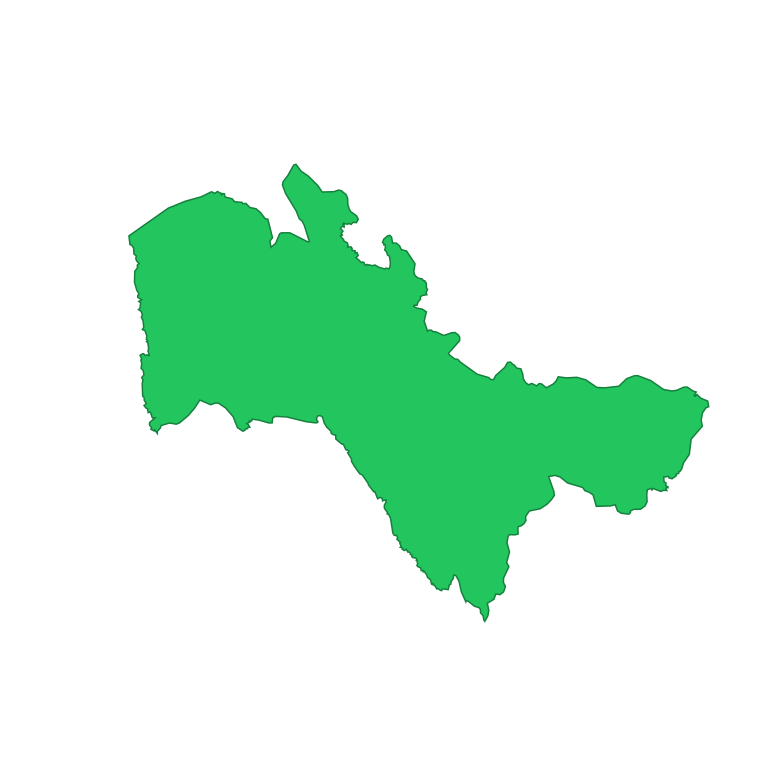 Kenema, Eastern, Sierra Leone (Natural Earth projection), rotated 124°
{"feature_id": "65957751B6503620183485", "entity_name": "Kenema", "entity_type": "district", "adm_level": 2, "iso_a3": "SLE", "parent_name": "Sierra Leone", "parent_adm1": "Eastern", "projection": "natural_earth1", "projection_center": [-11.159, 7.947], "detail": "fine", "context": "isolated", "style": "filled", "palette": "green", "viewbox_px": 768, "rotation_deg": 124, "n_neighbors": 0, "source": "geoboundaries", "source_scale": "gbopen_adm2", "svg_char_len": 6147}
<svg xmlns="http://www.w3.org/2000/svg" viewBox="0 0 768 768"><g transform="rotate(124 384 384)"><path d="M403.8,678.3L410.5,672.6L410.1,670.5L411.4,667.5L416.1,664.0L416.3,660.9L418.6,660.1L420.3,658.0L421.1,654.3L423.4,655.0L425.7,653.3L429.8,653.7L439.0,647.9L444.5,641.4L446.4,637.4L448.4,637.6L449.9,636.6L449.6,632.0L452.6,633.5L452.8,631.2L457.9,628.6L459.6,629.2L459.6,626.0L461.8,622.9L464.2,622.6L466.4,619.0L471.4,614.8L474.0,614.8L473.4,612.1L476.9,607.3L479.8,606.1L480.2,604.2L481.7,604.6L481.7,603.1L486.3,598.9L488.8,598.0L491.0,594.9L492.0,594.8L492.0,596.4L493.9,597.9L493.3,600.2L494.0,601.1L496.6,602.3L498.8,598.8L500.1,599.0L502.5,596.3L506.9,594.1L507.4,591.4L509.8,588.9L511.1,588.1L514.1,588.5L515.5,586.1L519.0,584.6L529.0,577.3L529.3,575.4L531.7,573.5L533.1,570.1L536.1,570.9L537.1,567.4L536.7,566.3L539.6,563.5L538.1,562.5L538.3,561.6L541.6,557.1L540.1,554.9L547.0,556.8L549.0,555.6L550.4,551.9L551.9,552.0L551.5,548.4L550.3,548.5L551.7,544.3L550.2,545.4L545.4,544.8L543.1,545.6L536.3,540.0L533.5,533.8L530.7,531.8L519.5,528.6L509.9,527.5L500.3,527.7L498.1,516.1L494.4,513.4L492.5,510.7L492.4,502.1L495.5,490.7L502.1,481.1L502.0,474.5L500.1,473.4L499.1,473.8L497.3,472.2L496.0,472.4L494.8,471.1L493.6,473.5L493.6,475.6L490.7,473.9L490.2,475.0L488.6,473.0L486.9,473.7L483.9,467.5L480.6,457.5L478.8,455.0L474.4,457.3L471.5,455.8L465.8,446.4L458.9,427.7L454.5,419.0L453.2,417.6L452.2,417.7L451.3,420.2L448.4,421.1L446.9,420.7L445.8,418.6L445.8,416.4L449.7,411.9L451.8,407.3L452.7,401.9L454.3,400.3L454.5,398.5L453.5,395.4L456.6,393.1L457.4,385.7L456.7,384.0L459.8,378.9L459.0,376.3L459.8,375.3L461.3,375.8L464.5,368.8L466.2,367.9L468.9,362.3L472.0,353.9L471.5,351.3L475.1,341.9L476.4,340.4L479.1,332.2L478.3,331.4L482.7,325.1L480.1,323.7L479.7,321.6L481.7,319.9L479.0,317.5L480.4,316.4L484.4,315.9L486.8,314.2L488.7,309.2L490.0,308.7L489.4,307.4L491.7,303.5L502.8,293.1L503.7,290.8L502.5,288.7L503.9,286.7L505.5,286.5L506.2,281.9L507.1,281.9L509.2,278.8L510.2,279.2L509.7,277.5L510.8,276.5L510.2,275.5L510.9,274.9L510.5,273.8L508.6,273.1L510.0,270.2L509.4,269.7L509.4,267.8L510.6,266.8L510.2,265.3L511.6,264.4L511.8,262.7L510.4,260.4L511.3,258.4L512.3,258.5L512.3,257.4L515.0,255.1L515.9,255.4L516.5,254.1L516.0,250.6L517.9,248.9L516.5,246.9L517.8,246.6L517.1,245.5L518.3,242.0L519.9,239.9L520.4,235.8L523.3,232.7L522.1,231.9L523.1,231.2L522.7,229.4L524.4,225.5L523.4,225.1L523.5,221.5L522.9,220.6L521.3,220.9L520.7,220.2L518.6,215.8L514.0,217.4L512.6,216.7L510.5,217.8L506.0,217.9L504.2,219.1L503.0,219.0L502.8,216.9L505.5,211.6L513.1,203.6L518.8,194.4L517.6,194.8L517.0,191.7L517.7,185.1L516.3,180.0L516.7,178.4L519.8,175.9L520.6,172.4L523.8,169.3L524.4,167.7L518.0,168.3L513.0,170.6L508.0,175.7L501.1,172.5L495.5,173.8L493.9,170.2L489.7,168.6L485.6,169.6L483.9,170.2L481.7,174.1L477.8,176.4L465.6,178.3L463.4,182.5L453.1,186.0L446.7,193.4L440.6,196.0L438.7,195.7L435.9,191.2L433.4,188.9L427.6,193.1L424.7,190.9L421.6,189.9L418.0,189.9L414.7,192.5L408.0,192.5L400.0,184.7L392.2,181.5L386.1,180.5L381.1,180.5L378.1,183.1L368.7,195.7L364.2,191.2L362.6,186.0L363.4,176.4L358.7,161.5L360.1,157.7L359.0,153.2L359.0,148.7L366.7,139.6L358.4,128.0L354.8,124.8L358.7,119.3L358.4,114.8L355.6,109.4L354.8,108.1L352.9,107.7L351.5,108.7L348.2,106.8L344.4,101.3L339.2,99.4L334.6,100.0L328.5,104.5L324.3,106.5L321.5,104.5L322.1,102.6L320.2,102.6L318.3,94.5L315.6,92.6L314.2,90.0L313.2,91.9L312.2,92.0L311.2,90.5L310.5,90.9L310.6,93.8L308.4,94.7L308.4,97.2L304.8,100.0L301.6,96.7L302.5,95.1L301.5,92.2L296.7,90.4L295.5,91.3L293.2,89.7L291.9,90.5L290.6,89.7L288.0,89.7L281.8,91.6L271.7,91.5L257.9,98.5L241.0,96.5L236.7,100.8L229.8,103.8L223.7,103.8L221.2,102.1L217.1,106.1L218.6,113.2L217.7,118.7L220.1,119.2L220.0,120.4L216.1,120.7L217.0,123.9L217.0,131.0L219.1,133.8L225.4,137.7L228.8,141.4L232.2,149.0L232.0,165.0L235.2,178.3L237.1,181.0L243.9,185.8L254.5,188.1L263.8,198.9L267.8,205.6L267.7,219.1L270.7,228.0L277.0,236.3L280.6,243.6L285.1,243.0L289.3,243.7L296.4,247.3L295.8,253.3L296.9,255.6L300.1,256.3L300.9,261.8L303.9,263.8L303.6,267.5L301.8,271.4L298.1,274.6L294.9,279.0L296.7,283.1L295.4,286.3L295.8,287.5L295.1,291.4L296.9,293.6L302.8,293.2L314.3,296.1L319.2,295.7L320.6,298.2L320.1,300.7L323.8,312.4L323.1,333.1L322.3,336.7L323.7,339.3L323.2,346.4L322.5,347.7L305.8,345.5L302.8,347.5L301.7,350.1L301.6,353.9L303.6,356.5L310.3,361.5L311.8,370.4L313.1,372.3L312.9,375.0L314.3,376.9L315.8,377.5L309.5,385.8L300.5,389.2L300.5,394.1L302.8,399.4L303.1,402.8L301.8,403.0L300.4,400.7L296.9,401.6L293.2,401.2L291.4,402.6L289.2,401.7L286.0,398.4L284.7,400.3L281.4,400.7L280.5,402.6L276.8,405.3L275.7,408.0L276.2,409.0L275.6,411.3L277.2,415.2L276.6,419.3L274.2,422.1L267.0,425.5L261.1,439.7L262.9,444.8L260.7,448.4L260.3,452.6L262.3,455.7L258.0,459.9L257.5,462.4L259.5,464.0L264.1,465.2L267.6,464.3L267.6,462.6L268.8,462.0L268.2,461.1L269.3,459.6L272.5,458.3L273.0,455.8L275.1,453.2L275.1,450.9L280.1,446.4L283.7,444.5L285.8,444.3L286.7,447.1L288.1,447.5L290.1,453.5L290.4,458.1L292.3,459.6L294.4,464.9L295.8,465.2L295.6,467.0L294.6,468.2L294.7,469.8L295.9,470.5L294.9,477.8L291.8,477.3L290.1,479.9L291.5,481.4L289.7,482.4L291.1,485.3L289.4,486.3L288.8,487.9L290.7,490.9L289.4,491.1L287.5,493.2L287.8,497.7L286.9,498.2L285.7,503.0L283.7,501.8L283.0,503.7L280.2,503.5L279.4,507.2L276.4,506.7L276.2,504.8L274.2,506.2L274.4,507.4L273.3,507.4L272.1,503.7L270.6,503.0L270.1,500.5L267.2,500.0L265.7,497.1L261.7,497.5L259.9,501.0L259.7,508.1L258.3,510.8L255.5,514.2L250.3,518.1L248.2,521.3L247.6,527.6L248.8,530.3L252.5,533.0L259.4,542.6L256.5,549.8L254.0,562.9L253.9,571.8L251.1,579.8L252.7,581.2L254.3,581.2L265.1,580.3L272.5,580.8L275.7,579.6L281.1,572.1L289.7,553.5L294.4,546.6L294.9,542.6L297.0,538.9L307.6,525.6L308.7,526.2L311.3,546.6L316.1,553.7L317.9,554.5L328.0,552.5L333.9,554.2L329.3,558.5L325.1,558.2L312.3,572.5L313.4,575.0L310.9,582.2L310.3,588.2L312.7,593.9L311.5,599.4L313.5,602.1L312.8,603.3L316.4,609.7L315.4,613.5L317.9,620.5L315.6,622.6L316.6,624.7L318.0,624.6L317.1,626.0L317.6,629.8L320.4,630.6L321.1,634.5L331.1,640.3L343.5,650.9L358.9,661.2L403.8,678.3Z" fill="#22c55e" stroke="#15803d" stroke-width="1.5"/></g></svg>